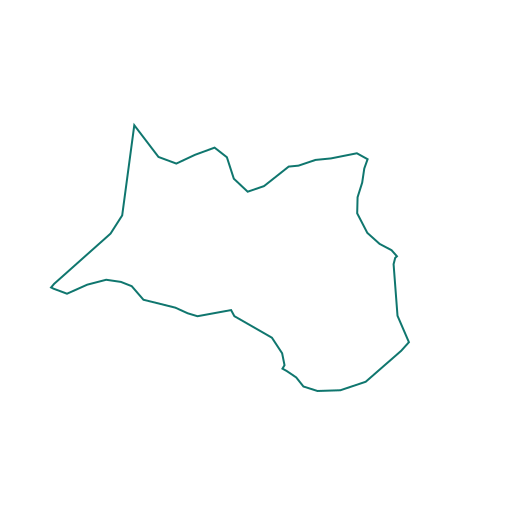 Kouritenga, Albers equal-area conic projection, rotated 305°
{"feature_id": "BFA-2829", "entity_name": "Kouritenga", "entity_type": "Province", "adm_level": 1, "iso_a3": "BFA", "parent_name": "Burkina Faso", "parent_adm1": "", "projection": "albers", "projection_center": [-0.3, 12.177], "detail": "fine", "context": "isolated", "style": "outline", "palette": "teal", "viewbox_px": 512, "rotation_deg": 305, "n_neighbors": 0, "source": "natural_earth", "source_scale": "10m", "svg_char_len": 825}
<svg xmlns="http://www.w3.org/2000/svg" viewBox="0 0 512 512"><g transform="rotate(305 256 256)"><path d="M178.9,342.3L182.9,342.0L191.3,333.2L198.2,315.9L194.3,272.8L197.4,266.6L173.1,242.6L169.9,232.9L167.4,219.5L155.6,188.9L160.0,171.5L157.3,160.2L150.6,146.9L135.7,134.2L116.7,122.8L113.1,108.9L112.7,106.2L117.4,106.6L190.9,124.0L212.5,123.1L293.3,81.3L281.2,119.3L286.0,137.7L303.9,148.0L321.0,159.9L320.2,175.5L306.6,193.5L303.9,212.3L317.9,222.5L348.0,231.5L354.4,239.0L368.8,249.6L378.9,261.4L398.0,279.7L399.3,291.9L389.8,294.5L377.0,300.9L362.4,305.5L349.0,314.4L338.8,333.9L336.8,350.3L338.5,363.7L336.6,371.6L334.3,371.1L328.2,373.4L288.2,406.2L273.1,430.7L261.6,429.3L215.9,418.0L194.4,402.1L180.7,383.8L176.3,369.7L179.6,358.6L179.4,347.0L178.9,342.3Z" fill="none" stroke="#0f766e" stroke-width="2"/></g></svg>